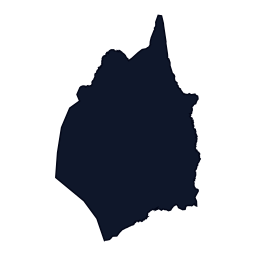 Tarlac, Tarlac, Philippines
{"feature_id": "2640588B80128813909947", "entity_name": "Tarlac", "entity_type": "district", "adm_level": 2, "iso_a3": "PHL", "parent_name": "Philippines", "parent_adm1": "Tarlac", "projection": "equal_earth", "projection_center": [120.673, 15.515], "detail": "fine", "context": "isolated", "style": "filled", "palette": "ink", "viewbox_px": 256, "rotation_deg": 0, "n_neighbors": 0, "source": "geoboundaries", "source_scale": "gbopen_adm2", "svg_char_len": 5746}
<svg xmlns="http://www.w3.org/2000/svg" viewBox="0 0 256 256"><path d="M165.9,42.0L163.5,25.8L163.3,23.5L161.5,15.9L158.2,15.4L155.8,22.2L155.9,23.4L155.9,25.9L155.1,27.5L154.5,28.1L154.9,29.7L154.8,30.1L154.2,30.4L154.4,31.0L153.8,31.4L153.4,32.5L151.3,37.8L150.4,41.6L150.2,44.6L150.5,44.8L149.2,46.5L148.8,47.3L147.5,47.8L146.3,48.8L142.2,49.6L138.2,52.7L132.0,58.3L128.7,60.7L128.0,59.8L127.8,58.9L126.3,57.8L126.1,57.3L125.1,55.4L124.0,54.2L121.6,52.4L121.6,52.1L120.7,51.6L120.4,51.2L119.1,50.5L118.6,51.1L118.3,51.3L117.4,50.8L117.4,51.0L117.8,51.5L116.5,51.2L114.8,51.0L114.1,50.7L113.8,49.9L111.1,49.9L109.5,50.9L108.9,51.6L108.4,53.3L107.3,52.3L106.8,52.7L106.7,53.4L106.0,54.0L106.1,55.1L105.7,55.6L105.7,56.0L104.3,55.8L103.9,56.5L103.4,56.4L102.8,57.2L103.1,57.7L102.3,58.3L102.3,59.4L102.5,60.4L102.5,60.5L102.0,60.8L102.1,61.5L101.9,61.9L102.2,62.4L101.9,63.2L102.3,63.4L102.2,63.8L102.4,64.1L102.1,64.8L101.6,65.0L101.5,65.5L101.3,65.4L101.0,65.8L100.8,66.4L100.4,66.5L100.4,66.9L100.6,67.1L100.5,67.5L100.0,67.2L99.5,67.3L99.4,67.6L99.2,67.8L98.8,67.5L98.7,67.6L99.1,67.8L98.7,68.4L98.8,69.2L98.2,69.6L98.1,70.1L97.5,70.3L97.4,70.7L96.9,71.2L96.8,72.8L96.2,73.4L95.4,73.6L95.1,74.2L95.0,75.0L95.1,76.2L95.0,77.2L94.2,78.6L93.9,79.8L93.0,80.6L92.2,81.8L92.1,82.2L92.3,83.8L91.8,85.0L91.2,85.5L91.0,85.9L90.3,85.8L89.0,86.3L88.6,86.4L88.0,85.7L87.3,85.9L86.9,86.2L86.5,86.8L85.6,87.1L85.2,86.4L84.9,86.6L84.4,86.1L83.0,86.0L81.9,86.4L81.6,86.7L81.2,86.6L80.0,87.6L77.0,94.5L79.7,101.0L69.8,108.1L61.6,127.5L57.6,152.7L55.8,177.5L84.0,200.8L97.0,218.5L104.5,240.5L106.1,239.7L106.4,240.0L107.2,239.9L109.4,239.4L110.6,238.4L112.4,236.1L116.8,235.9L119.3,232.5L122.1,229.6L123.8,228.8L125.9,227.6L126.6,227.5L130.0,225.7L130.4,225.7L130.9,225.4L131.3,224.9L132.0,225.0L132.5,224.7L132.9,224.8L133.4,224.4L133.6,223.6L134.0,223.8L134.3,223.0L134.9,222.6L134.7,222.2L134.9,221.8L135.3,221.6L135.6,221.8L135.7,221.3L135.9,221.2L136.5,221.1L136.8,220.9L137.7,221.0L138.1,220.9L138.2,221.5L138.6,221.6L139.3,220.5L139.5,220.4L140.3,220.8L140.7,220.5L141.3,220.8L141.7,221.3L142.4,221.0L143.0,220.2L142.9,219.8L143.3,219.4L143.5,219.3L144.1,219.7L144.6,219.0L145.2,218.8L145.6,218.2L146.2,218.4L146.2,218.2L146.5,218.1L146.7,217.4L147.3,216.9L146.5,217.0L147.5,214.9L147.3,213.8L147.5,213.7L147.6,212.9L147.9,212.2L148.4,211.9L148.8,212.0L149.5,211.4L149.7,210.8L150.2,210.7L152.7,209.2L153.9,209.7L157.0,207.9L155.9,209.8L158.9,208.5L161.4,210.1L163.2,208.8L164.6,209.5L166.6,209.6L168.4,210.6L170.1,210.2L170.8,209.8L171.4,208.5L172.3,207.5L173.3,206.1L175.2,205.0L175.8,204.4L176.9,204.7L178.0,206.0L178.6,207.6L182.7,209.6L184.2,209.4L184.3,209.2L184.8,209.4L185.2,209.1L185.5,207.0L185.9,206.7L186.1,205.9L186.4,205.8L188.0,205.4L189.5,205.5L190.3,205.3L191.3,205.7L192.0,205.6L194.5,203.7L195.1,205.3L196.6,205.9L196.4,201.3L195.9,200.0L195.4,199.2L194.8,197.2L198.1,191.2L198.1,190.0L197.4,189.4L196.5,189.3L196.2,189.0L195.5,189.0L194.7,188.1L194.9,187.6L193.9,186.6L194.1,186.0L193.6,185.3L194.0,183.8L193.8,182.8L193.8,182.1L193.5,181.4L193.8,180.4L194.2,180.4L194.0,180.1L194.3,180.1L194.3,179.4L194.6,179.2L194.5,178.8L194.7,178.6L194.6,178.4L195.0,178.3L194.8,176.9L195.2,176.4L195.6,175.1L195.5,172.2L195.0,171.9L194.7,171.1L195.0,170.6L194.9,170.2L196.0,169.3L196.1,168.7L196.4,168.3L196.7,166.8L196.7,165.8L197.1,165.6L197.7,165.0L197.3,163.9L197.6,163.6L198.0,162.8L198.5,162.3L199.4,160.5L199.6,159.4L200.1,159.2L200.2,158.9L199.5,158.6L199.6,158.1L199.3,157.7L199.4,156.0L198.8,155.6L199.1,155.0L199.1,154.2L199.5,154.2L199.5,153.6L198.6,152.7L198.5,152.3L197.9,152.2L197.1,151.6L196.9,150.6L196.3,150.8L196.1,150.0L195.1,148.4L195.1,147.3L195.8,146.6L195.3,145.3L195.6,144.8L195.2,144.5L195.1,143.9L195.2,143.7L195.5,144.1L195.8,143.8L195.6,143.2L196.5,141.5L196.1,141.2L196.6,140.5L196.6,139.2L196.9,138.9L196.8,138.6L196.5,138.4L196.5,137.9L196.6,137.7L196.4,137.5L196.5,137.3L196.5,137.0L196.0,137.1L196.3,136.5L196.7,136.3L196.4,136.1L196.6,135.4L196.1,134.5L195.7,134.6L195.2,133.9L195.7,133.5L195.3,132.8L195.6,132.3L195.7,131.3L195.5,130.9L195.1,130.7L195.3,130.1L195.2,129.5L195.1,129.3L194.7,129.4L194.5,129.2L194.3,129.4L193.9,129.0L193.9,128.6L193.0,127.3L193.6,126.4L193.8,126.1L193.6,125.7L193.4,126.0L193.2,125.9L193.3,125.3L192.9,125.3L193.0,125.0L192.7,125.0L192.8,124.4L192.7,124.4L192.6,124.8L192.3,124.2L192.2,123.9L192.5,124.1L192.8,123.7L192.6,123.3L193.0,123.2L192.9,122.8L193.2,122.6L192.8,122.2L193.0,121.9L193.0,121.7L192.7,121.8L192.5,121.7L192.8,121.5L192.8,120.9L193.0,120.8L192.9,120.6L192.9,120.8L192.6,120.5L192.2,120.5L192.3,120.4L192.0,120.4L191.8,119.9L192.0,119.0L191.9,119.0L191.9,118.6L191.7,118.6L191.7,118.0L191.1,117.8L190.8,117.9L190.8,117.6L190.6,117.5L189.7,116.4L190.6,115.5L190.3,114.3L190.0,114.1L189.8,113.8L191.2,113.6L191.5,113.3L191.5,112.6L191.7,112.0L191.6,111.2L192.1,110.7L192.2,108.9L191.8,108.0L191.6,107.9L191.8,107.1L192.0,106.8L192.4,105.9L193.1,105.6L193.1,105.1L193.7,104.6L194.9,103.6L195.3,103.4L195.6,103.6L195.7,103.4L195.7,103.2L195.9,102.9L196.0,102.6L196.3,101.7L196.9,100.4L197.4,99.5L197.6,99.5L197.9,99.1L197.9,98.1L197.6,96.4L197.5,96.1L197.1,96.2L196.3,95.5L195.3,95.2L195.1,94.8L195.1,94.3L194.9,94.2L191.1,94.8L189.2,93.7L188.3,94.5L186.9,94.6L185.5,94.3L184.3,94.3L184.2,94.1L183.9,94.5L180.3,89.7L180.5,89.4L180.4,89.0L179.3,88.4L178.2,87.4L178.0,86.8L178.1,86.0L177.3,85.1L177.0,84.9L176.8,84.2L177.0,83.2L177.0,82.8L175.4,81.6L175.1,81.3L174.9,80.8L174.7,80.5L174.5,80.1L174.5,79.1L174.2,78.0L174.6,76.8L174.5,76.2L174.2,75.3L173.7,75.5L173.4,74.2L172.3,73.4L169.9,65.6L169.9,62.6L168.7,59.0L168.3,58.7L167.7,58.8L167.2,57.1L167.3,56.7L167.5,56.7L167.4,54.4L165.7,42.8L165.9,42.0Z" fill="#0f172a" stroke="#020617" stroke-width="1.5"/></svg>